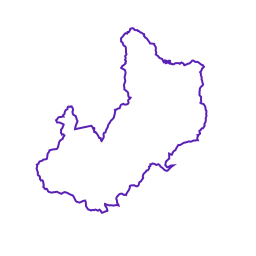 Na Hang, Tuyên Quang, Vietnam, rotated 26°
{"feature_id": "81297802B32233799995516", "entity_name": "Na Hang", "entity_type": "district", "adm_level": 2, "iso_a3": "VNM", "parent_name": "Vietnam", "parent_adm1": "Tuyên Quang", "projection": "natural_earth1", "projection_center": [105.425, 22.448], "detail": "fine", "context": "isolated", "style": "outline", "palette": "violet", "viewbox_px": 256, "rotation_deg": 26, "n_neighbors": 0, "source": "geoboundaries", "source_scale": "gbopen_adm2", "svg_char_len": 5781}
<svg xmlns="http://www.w3.org/2000/svg" viewBox="0 0 256 256"><g transform="rotate(26 128 128)"><path d="M194.7,109.0L196.1,108.4L195.5,107.9L194.6,106.5L194.4,105.4L194.5,104.0L194.2,103.6L193.9,103.6L194.7,102.7L195.2,101.6L195.0,101.1L193.6,99.8L193.4,99.3L194.3,97.7L194.3,96.5L194.6,95.9L195.5,95.4L195.9,92.3L195.4,91.8L194.9,90.9L195.0,89.3L194.8,87.6L194.5,86.8L193.5,85.0L193.2,82.5L192.2,81.4L191.7,79.8L191.2,78.9L190.9,78.1L189.9,77.7L188.8,75.9L187.9,74.9L186.2,73.7L185.4,73.4L183.0,73.8L182.0,73.6L182.2,72.4L181.8,71.4L181.1,70.4L180.3,68.4L179.9,67.9L178.1,67.3L177.5,66.8L177.3,65.6L176.4,64.4L176.3,63.4L175.3,61.0L175.5,59.2L176.5,56.5L176.3,55.7L175.2,54.8L173.8,52.9L172.8,52.0L172.0,50.1L170.3,48.6L169.6,46.9L168.3,46.2L168.8,44.8L168.6,42.0L169.4,40.3L169.3,39.5L168.5,39.4L167.5,38.7L167.0,39.0L166.5,39.0L162.4,38.1L161.2,38.2L160.0,38.9L159.3,39.1L157.5,38.7L156.2,39.2L155.6,41.6L154.6,43.4L153.6,44.0L151.5,46.7L151.0,46.9L150.0,46.0L148.8,45.7L147.8,45.9L147.4,45.7L146.5,46.8L146.4,47.6L145.6,47.4L144.7,47.7L142.8,48.6L142.2,49.0L141.4,50.3L140.6,51.1L139.9,50.9L139.0,51.5L137.9,51.4L137.1,51.9L136.9,51.8L137.3,51.1L137.3,50.6L137.1,50.5L136.4,50.7L136.2,50.5L136.1,50.2L136.5,49.5L136.4,49.3L135.4,49.4L134.7,50.9L135.1,51.9L134.2,52.2L133.9,53.0L133.7,53.1L133.4,52.1L133.7,50.7L131.9,50.9L131.4,51.1L131.5,51.8L131.9,52.9L131.6,53.3L130.3,52.5L128.5,51.0L125.4,51.2L123.9,50.3L120.7,49.7L120.4,47.8L118.9,46.3L118.0,43.8L117.1,42.8L115.5,42.0L114.7,40.9L110.7,42.3L109.7,41.5L105.4,39.2L103.7,39.1L103.3,38.7L102.0,38.3L101.7,37.1L101.3,36.6L100.5,36.8L98.2,36.4L97.4,36.7L95.5,36.1L94.5,36.5L93.7,35.9L91.7,36.8L90.9,36.9L90.4,36.8L89.6,36.2L88.3,36.3L87.6,37.0L86.6,37.7L86.6,38.4L86.9,38.9L86.8,41.3L85.6,41.9L86.0,43.2L85.8,43.6L84.5,43.7L84.1,44.1L83.4,46.1L83.4,47.3L82.5,50.2L82.5,50.8L83.2,51.8L83.9,53.3L85.6,53.6L87.5,55.5L89.0,55.9L89.8,55.9L90.5,56.4L91.2,57.3L93.1,61.0L94.3,62.3L94.3,63.2L93.9,64.3L93.9,64.7L95.3,66.2L95.5,68.2L96.7,68.6L97.0,69.0L97.1,69.5L96.9,70.3L97.5,70.9L96.9,72.8L95.7,74.8L95.5,77.0L97.9,77.2L99.2,77.1L99.6,77.2L100.3,77.7L101.8,79.7L102.7,84.0L104.8,86.7L105.1,87.4L105.4,90.4L105.8,91.8L107.0,93.2L107.8,94.9L110.8,95.5L112.4,96.1L113.0,96.8L113.7,98.2L114.8,99.7L115.5,99.9L117.0,99.6L116.9,100.7L116.1,102.0L116.0,102.9L116.1,103.4L117.3,104.8L117.5,105.7L117.1,106.7L116.1,107.7L114.5,108.5L113.2,108.3L111.8,109.9L111.5,110.5L111.5,111.2L111.8,114.0L110.7,114.7L110.1,115.4L109.4,116.7L108.5,117.1L108.3,117.5L109.0,118.2L110.2,122.2L110.2,123.1L110.7,124.6L110.2,127.1L109.4,128.8L109.3,131.2L108.9,133.2L109.0,134.7L109.4,135.9L109.2,139.7L109.7,141.6L109.5,142.1L108.7,142.9L108.5,143.4L108.9,144.8L109.7,145.7L110.3,147.2L110.0,151.3L109.6,151.2L109.1,150.8L108.7,149.8L108.0,149.6L107.7,149.1L106.6,149.6L104.7,148.1L102.2,146.5L100.8,146.4L100.6,145.8L100.1,145.8L99.3,146.3L98.3,144.9L98.1,144.5L98.2,143.6L97.8,142.9L97.4,142.9L96.7,143.7L95.5,142.6L94.0,142.1L80.9,152.3L80.3,150.3L79.9,147.8L79.9,146.1L79.6,145.5L79.8,144.3L79.4,143.8L78.2,142.8L75.8,140.2L73.2,140.1L72.0,139.2L71.0,137.9L70.7,135.8L69.2,134.1L68.3,133.8L67.8,133.3L66.8,134.0L66.5,134.6L65.5,134.6L64.8,135.2L64.7,136.0L65.3,137.6L64.1,139.4L64.2,141.5L64.7,143.1L64.5,144.0L64.0,145.0L64.2,145.4L65.0,146.0L63.7,146.7L63.2,147.4L61.6,148.1L61.1,148.6L60.5,150.1L60.5,151.6L59.9,152.5L61.8,154.1L64.4,153.0L68.6,153.0L68.8,153.5L69.0,157.0L68.5,158.9L69.5,160.5L69.8,161.7L70.2,162.0L71.1,162.3L71.5,162.9L72.6,162.1L73.3,162.2L74.2,162.7L73.7,165.0L74.1,166.2L72.6,168.8L72.4,169.6L72.4,171.0L73.5,176.0L73.4,177.2L73.2,177.9L72.8,178.4L70.1,180.0L67.2,182.5L67.5,183.8L67.1,185.9L67.1,186.6L68.3,190.0L68.6,191.3L67.5,192.4L65.7,193.6L65.2,195.0L63.2,196.9L63.0,198.7L63.2,199.5L62.1,200.9L63.2,202.1L63.5,204.4L64.2,204.9L65.1,206.2L66.5,207.4L66.9,208.5L67.6,209.7L68.2,210.0L69.3,209.9L70.0,210.3L70.9,211.6L71.1,212.4L71.9,212.7L72.7,213.4L73.9,212.6L74.7,212.9L76.2,214.6L76.4,215.3L77.1,215.9L77.4,216.4L77.6,217.8L77.7,218.1L78.5,218.2L79.5,219.0L80.2,219.2L80.6,219.1L81.3,218.4L82.0,218.4L83.9,219.9L84.5,220.1L86.9,219.8L88.0,219.4L89.6,218.1L90.6,217.6L91.3,216.9L92.0,216.5L96.9,216.4L98.2,214.4L99.3,213.3L102.1,212.9L104.0,213.1L106.5,213.0L107.7,212.8L108.9,213.3L113.1,216.5L114.2,216.8L117.0,216.3L118.0,215.4L119.6,213.2L121.3,212.0L122.5,213.1L124.3,216.1L124.4,216.6L127.2,218.3L128.2,218.7L129.5,218.3L130.9,218.4L131.8,217.3L133.3,216.8L134.5,215.6L136.0,215.4L136.9,215.6L137.6,215.1L138.2,213.9L139.6,214.3L141.4,215.6L142.0,215.5L144.7,212.4L145.7,211.8L145.8,211.4L145.5,210.9L143.5,208.9L141.5,207.8L140.7,206.4L145.1,205.8L146.1,205.1L148.9,204.1L151.9,202.0L153.5,201.8L152.9,201.1L151.0,200.0L149.8,197.9L148.5,196.8L148.2,195.8L148.2,194.7L149.1,191.7L149.8,190.6L151.5,189.6L153.6,190.0L154.5,189.3L155.7,189.1L155.4,187.6L156.0,182.9L155.7,180.5L155.1,179.5L155.2,179.0L156.2,178.1L156.7,177.7L157.4,177.6L158.6,176.7L160.3,176.8L161.5,176.6L162.4,175.5L162.5,174.4L162.0,171.7L163.0,170.3L163.1,168.8L163.5,166.9L163.4,165.9L162.7,165.5L162.4,164.8L162.1,162.3L163.1,159.9L163.3,158.1L164.4,157.3L164.7,155.8L164.7,154.8L163.9,153.6L164.7,152.6L164.0,150.8L165.1,150.3L165.3,149.5L165.7,149.1L167.3,148.7L169.7,148.8L171.0,147.3L172.8,147.5L174.0,148.4L176.2,148.7L179.2,149.7L180.8,149.7L181.6,149.5L182.2,149.1L184.0,143.8L185.2,141.7L183.1,142.9L181.2,145.5L180.5,146.1L180.1,146.1L179.0,145.4L177.9,145.2L177.2,143.1L177.2,142.8L177.0,142.4L176.9,141.1L177.3,140.6L177.6,139.3L178.5,137.5L176.2,133.0L178.9,133.0L179.2,132.7L179.0,131.1L179.1,129.4L179.4,128.5L180.3,127.2L180.3,124.8L180.7,121.1L182.2,120.6L184.2,117.5L184.8,116.7L185.9,115.9L189.0,113.1L190.1,113.0L191.1,112.1L192.5,110.4L193.8,109.9L194.7,109.0Z" fill="none" stroke="#5b21b6" stroke-width="2"/></g></svg>